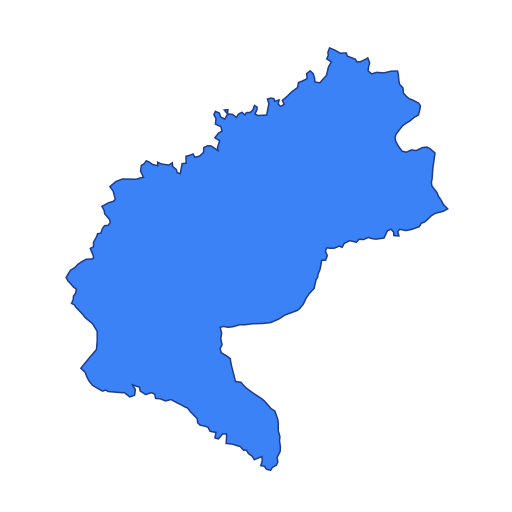 Buriti Alegre, Goiás, Brazil (Mercator projection), rotated 274°
{"feature_id": "56859067B76580178094569", "entity_name": "Buriti Alegre", "entity_type": "district", "adm_level": 2, "iso_a3": "BRA", "parent_name": "Brazil", "parent_adm1": "Goiás", "projection": "mercator", "projection_center": [-49.002, -18.136], "detail": "fine", "context": "isolated", "style": "filled", "palette": "blue", "viewbox_px": 512, "rotation_deg": 274, "n_neighbors": 0, "source": "geoboundaries", "source_scale": "gbopen_adm2", "svg_char_len": 4212}
<svg xmlns="http://www.w3.org/2000/svg" viewBox="0 0 512 512"><g transform="rotate(274 256 256)"><path d="M360.2,426.6L371.2,427.4L375.1,422.2L376.6,418.9L375.8,414.5L372.3,408.4L372.7,403.7L370.0,398.6L370.8,394.4L374.8,390.9L379.7,387.6L383.7,386.5L387.2,387.1L396.1,393.1L398.8,396.3L401.3,399.9L405.4,404.2L408.0,408.2L414.5,409.4L417.5,409.4L419.8,407.6L421.5,403.8L422.7,400.9L423.6,397.7L425.7,394.9L428.8,391.7L433.9,390.9L437.3,387.3L440.8,386.3L446.5,385.4L450.4,384.3L449.8,378.0L447.6,370.7L447.6,363.4L445.7,358.7L448.5,354.9L452.7,355.1L456.5,355.9L461.4,353.7L459.3,350.6L457.0,346.4L456.7,343.2L459.3,341.3L461.8,333.1L464.8,332.0L464.2,325.7L466.9,320.2L468.7,314.9L464.2,313.5L460.9,314.1L457.6,312.8L454.8,317.7L449.7,315.1L444.6,314.3L440.9,313.6L435.7,309.4L433.3,307.8L433.6,302.8L438.3,301.8L441.9,300.3L444.5,297.1L441.5,293.8L436.4,294.6L433.6,289.6L432.1,286.3L426.8,285.6L422.9,280.8L419.7,277.9L417.2,275.7L413.2,271.5L409.1,273.5L407.0,270.0L409.1,267.6L413.3,268.1L411.6,264.0L414.2,262.8L414.6,259.9L413.4,256.5L408.8,258.2L397.3,256.8L396.3,247.9L397.7,245.0L401.6,246.7L404.6,246.7L406.1,244.0L401.5,242.7L398.8,240.3L398.4,236.5L395.9,235.1L398.4,231.9L396.3,228.6L392.9,226.9L395.7,222.5L395.7,217.8L390.4,215.3L392.3,210.9L396.0,209.5L397.5,205.4L394.0,204.1L390.4,206.5L384.8,206.3L382.5,212.0L378.1,213.4L376.1,210.1L371.1,206.7L368.4,211.7L361.6,210.0L358.5,210.7L362.6,203.7L362.7,200.3L360.5,196.3L355.8,196.5L351.8,192.9L350.2,188.1L353.4,186.1L351.9,183.1L350.6,179.2L343.7,179.8L343.0,175.9L332.8,174.7L333.7,171.5L336.4,170.7L339.6,166.6L343.1,166.0L340.6,162.7L341.2,155.1L342.7,151.3L339.2,151.8L340.0,146.6L342.3,142.8L343.3,139.9L340.3,138.1L338.3,135.3L332.7,134.9L326.6,138.3L325.7,134.7L324.2,131.2L323.5,117.5L320.6,111.2L315.1,105.4L310.7,109.0L302.7,111.7L300.5,109.7L298.9,105.4L294.8,98.8L291.0,101.3L287.6,102.1L282.0,107.5L279.1,108.2L276.3,106.5L275.7,102.8L272.7,100.9L267.9,99.6L267.2,96.4L264.2,95.7L258.4,92.9L253.9,93.3L252.0,90.2L248.8,91.7L244.5,93.9L241.7,93.6L240.9,86.8L238.1,82.4L235.2,78.9L231.8,76.0L228.8,71.9L225.7,70.2L221.3,68.1L218.1,70.1L215.6,72.8L212.1,76.3L210.6,79.1L206.4,78.7L203.3,76.7L199.7,76.7L195.8,75.3L194.7,78.2L192.3,80.0L185.5,87.4L182.7,89.8L177.1,97.7L169.8,102.8L160.8,103.5L151.6,103.4L142.0,96.3L131.8,89.1L127.9,93.9L124.1,95.5L120.0,97.9L115.7,101.8L111.7,109.7L110.5,112.5L111.8,115.3L110.5,118.0L110.3,131.1L110.5,134.3L106.6,139.9L108.6,144.6L114.4,145.0L118.8,141.8L117.0,149.0L113.3,149.8L110.1,155.5L112.4,161.3L111.1,164.6L106.9,165.8L106.9,170.3L105.1,175.9L106.9,181.3L104.1,187.3L102.2,192.0L100.6,195.3L99.6,198.3L96.0,201.5L92.4,205.6L89.6,208.7L85.5,209.5L83.4,212.0L82.7,216.9L81.9,220.0L77.9,222.4L77.2,228.4L71.7,227.7L70.9,231.2L76.2,235.2L76.5,238.9L73.4,239.3L66.9,239.3L66.7,245.7L65.5,250.3L64.8,253.6L61.4,257.1L61.7,259.9L58.3,262.4L56.0,266.1L52.7,268.5L56.3,275.9L51.9,276.5L47.2,275.4L46.9,279.0L44.0,281.3L43.3,285.6L46.3,287.1L48.8,291.0L52.1,292.1L56.5,291.1L62.6,293.7L67.2,293.7L72.9,292.4L77.8,292.4L83.1,290.4L90.8,289.9L94.5,289.1L102.7,285.6L104.8,281.7L111.7,274.8L114.0,271.7L119.4,262.1L123.8,255.2L125.9,252.8L129.0,249.8L129.4,244.3L145.1,239.1L151.9,237.4L153.8,234.5L157.1,228.1L161.1,226.6L165.0,228.3L171.2,226.6L176.7,227.1L182.4,225.2L183.5,228.8L182.9,233.1L184.0,238.4L186.3,244.5L186.6,249.4L188.2,257.4L189.1,266.7L190.6,275.3L194.9,283.4L199.0,288.8L200.8,292.7L204.6,301.1L206.7,303.3L211.2,306.5L217.8,309.1L222.2,311.7L227.7,316.2L236.1,317.5L239.3,319.0L242.2,319.2L246.7,320.7L250.8,321.3L256.3,321.8L256.7,325.7L261.2,327.1L265.9,324.9L269.1,326.0L268.9,329.3L269.3,333.7L271.7,338.2L270.7,341.3L274.5,343.0L277.8,348.0L277.4,351.5L276.7,355.2L279.9,357.6L279.9,362.0L282.3,366.7L281.4,370.8L281.2,374.6L282.8,382.4L290.5,385.4L292.1,389.0L289.2,391.7L286.0,392.0L286.0,397.2L290.3,395.7L292.7,397.4L291.8,403.8L293.5,409.7L295.2,413.5L296.6,416.8L300.2,418.6L301.7,421.9L304.6,424.7L308.5,428.2L311.1,431.9L313.6,439.5L316.4,443.9L320.5,439.3L324.6,436.8L328.2,433.9L331.9,432.1L338.1,426.6L341.5,425.8L345.3,426.3L356.2,426.3L360.2,426.6ZM395.7,217.8L400.0,217.7L399.4,214.2L395.7,217.8Z" fill="#3b82f6" stroke="#1e3a8a" stroke-width="1.5"/></g></svg>